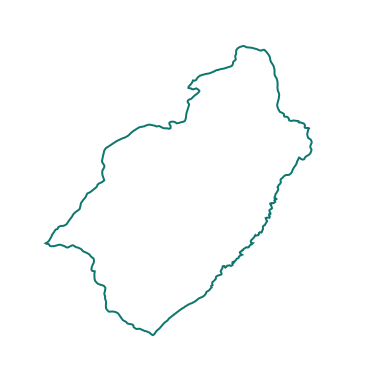 the district of Buritis, Minas Gerais, Brazil, rotated 51°
{"feature_id": "56859067B61021153009165", "entity_name": "Buritis", "entity_type": "district", "adm_level": 2, "iso_a3": "BRA", "parent_name": "Brazil", "parent_adm1": "Minas Gerais", "projection": "equal_earth", "projection_center": [-46.564, -15.44], "detail": "fine", "context": "isolated", "style": "outline", "palette": "teal", "viewbox_px": 384, "rotation_deg": 51, "n_neighbors": 0, "source": "geoboundaries", "source_scale": "gbopen_adm2", "svg_char_len": 6048}
<svg xmlns="http://www.w3.org/2000/svg" viewBox="0 0 384 384"><g transform="rotate(51 192 192)"><path d="M270.6,182.6L270.2,181.8L269.8,179.6L270.3,178.3L270.1,176.9L269.4,177.6L268.5,177.9L267.5,177.6L266.9,176.6L266.6,175.7L266.5,173.7L266.3,172.3L265.7,171.1L265.4,170.0L266.1,170.1L266.6,168.7L267.2,167.6L267.1,166.7L266.0,166.0L266.0,164.4L267.1,163.8L266.9,162.5L266.1,161.7L265.7,160.4L264.8,159.6L264.1,159.3L263.5,158.6L263.2,157.5L263.6,156.4L262.6,154.0L261.9,151.9L260.9,151.9L258.6,151.1L259.1,149.9L260.0,148.8L260.8,148.1L260.1,147.1L258.6,146.8L257.8,145.9L258.5,145.1L257.8,144.3L256.7,144.2L255.5,143.8L254.8,143.2L254.8,141.9L255.1,140.9L254.9,139.9L252.4,139.1L251.7,138.4L250.9,138.9L250.2,138.5L250.6,137.1L251.9,135.7L252.1,133.6L250.4,133.3L250.0,132.5L250.6,131.9L250.6,130.8L249.5,130.9L248.6,131.6L247.8,130.8L247.4,129.9L246.2,128.3L245.9,127.1L244.8,124.1L243.9,123.1L243.0,122.6L242.0,122.4L241.6,121.1L241.1,120.3L241.2,119.1L240.8,117.8L240.3,116.7L239.4,116.4L238.0,115.2L237.9,114.2L238.0,113.1L237.6,110.5L237.7,109.0L238.3,107.7L239.1,106.9L239.8,105.5L239.8,103.5L239.5,102.2L237.7,99.0L237.0,97.0L236.4,94.6L235.8,93.1L234.4,91.0L232.6,87.1L233.4,86.7L234.2,86.7L235.8,86.0L236.6,85.4L237.1,84.3L236.2,82.0L236.2,80.9L236.3,79.6L236.6,78.3L236.6,76.8L236.3,75.6L235.5,74.0L234.7,72.9L234.0,72.3L232.5,72.2L231.3,71.6L230.5,70.8L229.2,68.3L228.6,67.6L226.8,66.9L225.8,66.8L222.9,67.7L219.8,66.3L219.0,65.5L218.0,64.0L217.1,63.1L216.6,62.2L216.2,61.0L215.2,61.5L214.1,63.0L213.1,63.8L212.2,63.5L211.4,62.3L210.5,62.0L208.8,62.1L207.7,63.1L206.3,63.7L205.6,64.9L204.8,65.2L204.0,64.6L200.4,68.0L199.3,70.0L197.7,71.4L196.7,71.1L196.0,70.6L194.7,70.5L193.7,70.7L192.8,71.3L191.6,72.7L190.4,72.4L189.2,71.5L187.3,72.1L184.9,73.3L181.3,72.6L178.7,71.6L177.5,70.6L174.0,65.8L171.4,63.1L170.0,62.3L167.5,61.6L166.2,60.9L164.4,59.7L162.4,57.8L161.7,57.5L160.8,56.6L159.8,56.0L156.5,54.6L154.6,54.5L153.1,54.1L151.7,53.2L149.2,51.1L145.8,49.5L144.8,49.2L140.4,48.7L138.1,47.8L137.0,47.0L136.1,46.6L133.7,46.1L130.1,46.0L127.1,46.3L126.2,47.3L125.7,49.0L125.1,49.9L121.4,52.0L117.4,54.9L113.9,58.5L111.5,59.6L110.8,60.2L109.9,62.3L109.3,63.9L109.1,66.3L109.5,67.9L110.3,69.1L111.6,70.0L112.6,71.0L113.5,72.8L114.5,73.5L116.3,74.4L116.8,75.5L116.7,76.9L116.9,78.2L118.2,79.6L118.9,80.9L119.0,82.1L118.4,83.8L116.2,89.4L115.5,90.8L114.9,91.5L113.6,94.8L112.7,96.3L112.2,99.0L110.9,103.4L110.0,105.2L109.1,106.7L107.3,110.7L106.7,112.5L106.5,114.3L106.7,115.9L107.0,117.0L107.5,118.1L107.1,120.0L105.9,121.0L107.0,123.0L107.6,125.4L107.8,127.3L108.2,128.7L109.0,129.3L110.5,128.0L111.2,127.5L112.0,127.3L113.1,126.3L114.2,123.4L115.7,122.9L117.0,122.6L118.1,122.6L118.6,123.6L118.8,125.2L118.7,129.7L119.1,133.9L118.4,136.0L118.3,137.2L118.7,138.3L119.9,138.9L122.0,139.0L122.8,139.9L126.7,145.9L127.9,147.4L130.9,150.5L131.7,151.7L132.3,153.2L131.6,155.3L131.1,156.1L130.4,158.0L129.1,160.6L126.9,161.3L126.1,161.8L125.1,162.8L124.2,164.1L123.9,165.8L124.9,166.8L127.1,167.1L128.7,168.2L128.8,169.4L128.2,170.2L126.6,171.5L125.5,173.0L124.8,173.6L123.4,174.6L120.8,175.6L120.0,176.1L119.4,177.3L118.5,178.5L116.9,179.3L113.1,182.4L112.4,183.4L111.6,185.1L110.9,187.8L109.5,190.3L108.7,192.0L108.4,193.1L107.7,198.9L107.7,202.4L108.0,205.0L108.0,206.7L107.5,209.7L106.4,212.7L105.0,218.6L103.8,230.9L103.9,232.0L104.2,233.0L104.5,233.8L105.3,235.1L106.4,236.3L107.7,238.2L111.5,242.7L113.4,243.2L115.3,243.3L116.1,243.5L116.9,244.0L117.6,244.7L119.0,248.2L120.6,249.7L122.6,251.0L127.7,252.8L127.7,255.8L126.8,259.1L126.9,260.9L127.5,261.5L128.0,263.0L128.1,264.2L128.1,270.3L127.9,272.0L127.3,274.1L127.6,275.2L128.9,277.6L129.4,279.8L129.7,281.5L130.7,285.1L131.4,286.1L132.8,287.7L134.5,290.0L134.6,292.2L134.3,294.4L134.4,297.0L134.7,298.5L135.7,301.0L136.8,305.7L138.1,309.6L137.8,312.0L137.1,313.7L136.3,314.6L135.7,315.7L135.3,317.0L135.2,318.1L136.1,319.8L135.5,321.3L135.5,322.3L136.3,324.4L137.1,327.4L137.5,328.3L138.1,329.0L140.0,334.1L140.1,336.2L139.8,338.0L140.7,337.6L142.2,336.2L144.7,336.2L145.6,335.5L147.0,333.7L148.1,331.5L149.0,329.1L150.1,327.5L153.8,325.2L156.0,324.4L156.9,323.6L157.4,321.6L158.0,318.7L158.7,317.9L162.0,316.8L162.9,316.0L164.4,315.1L166.1,314.3L167.1,314.0L168.2,314.1L169.9,313.8L173.1,312.1L175.4,311.2L176.2,311.1L178.9,311.1L181.5,310.4L182.4,310.6L184.1,311.8L184.9,312.6L185.5,313.6L185.9,314.7L187.2,317.0L188.7,318.8L189.5,319.1L190.5,319.2L192.5,317.5L194.3,319.5L195.3,320.2L196.7,321.4L199.2,322.9L200.0,323.2L202.9,323.1L203.9,322.9L205.6,322.1L208.4,320.1L209.8,319.5L211.8,319.6L212.8,320.3L215.7,324.0L216.3,324.5L218.4,325.1L219.3,326.2L220.1,326.6L222.5,327.5L223.5,328.1L226.4,330.7L228.4,332.0L229.4,332.2L231.7,332.1L232.7,331.9L234.9,328.9L235.6,328.2L237.4,326.8L239.8,325.8L247.8,326.4L249.0,326.0L251.1,325.1L252.1,324.9L253.6,324.9L257.5,321.7L258.4,321.5L259.4,321.8L260.2,322.4L262.3,321.9L263.4,321.4L264.0,320.7L265.1,318.9L265.9,318.4L270.1,316.3L271.9,314.9L273.7,314.0L274.6,313.4L276.6,313.3L278.5,312.6L278.8,311.6L278.6,310.2L277.8,307.6L277.6,306.4L277.6,303.6L277.4,302.2L276.3,296.3L276.4,291.8L275.8,289.3L276.1,276.0L276.4,272.3L276.7,271.1L276.7,269.5L277.3,265.2L277.7,263.6L278.3,262.1L278.9,258.8L279.0,257.4L279.0,254.2L279.1,253.2L280.0,250.1L280.2,248.7L280.2,247.3L279.7,245.1L279.1,244.4L278.8,243.4L279.2,240.4L278.8,239.0L278.5,236.7L277.6,236.6L277.0,236.0L277.3,234.6L275.5,233.7L275.0,233.0L274.9,231.9L274.9,230.9L274.4,228.0L273.5,227.3L273.0,226.4L273.1,225.0L274.6,221.0L273.8,220.3L273.0,219.9L271.9,219.8L271.1,218.7L270.5,216.5L269.1,215.0L269.4,214.0L270.0,213.4L270.9,213.8L271.7,213.7L271.8,212.6L271.4,211.0L272.0,210.3L272.5,209.0L273.5,208.6L274.2,207.8L274.3,206.5L273.1,205.8L272.0,204.7L272.3,203.7L273.3,204.4L272.7,202.0L272.5,200.6L272.0,199.4L272.4,198.2L272.5,197.1L271.7,196.3L271.8,194.3L272.3,192.6L270.4,193.3L269.0,192.8L268.8,191.7L269.4,190.9L268.8,189.8L269.2,188.9L268.7,187.6L269.0,186.5L269.0,185.3L269.3,184.2L270.3,183.6L270.6,182.6Z" fill="none" stroke="#0f766e" stroke-width="2"/></g></svg>